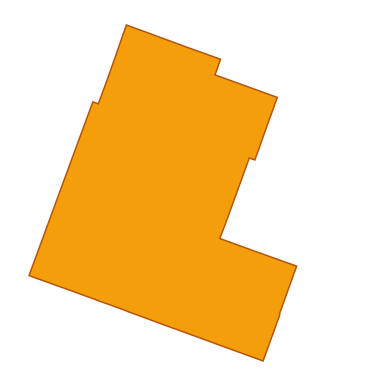 Otero, New Mexico, United States of America, rotated 20°
{"feature_id": "52423323B11196773939758", "entity_name": "Otero", "entity_type": "district", "adm_level": 2, "iso_a3": "USA", "parent_name": "United States of America", "parent_adm1": "New Mexico", "projection": "robinson", "projection_center": [-105.633, 32.696], "detail": "fine", "context": "isolated", "style": "filled", "palette": "amber", "viewbox_px": 384, "rotation_deg": 20, "n_neighbors": 0, "source": "geoboundaries", "source_scale": "gbopen_adm2", "svg_char_len": 784}
<svg xmlns="http://www.w3.org/2000/svg" viewBox="0 0 384 384"><g transform="rotate(20 192 192)"><path d="M315.7,225.9L267.3,226.2L234.0,226.2L234.3,209.6L234.2,140.5L240.1,140.4L240.1,132.6L239.9,107.5L239.8,73.9L229.4,74.0L173.6,74.1L173.4,57.5L172.3,57.5L140.3,57.7L73.2,57.5L73.9,110.6L73.9,122.9L73.8,141.2L68.0,141.2L67.7,226.6L67.5,310.8L67.4,322.1L67.5,326.3L75.8,326.3L76.2,326.3L77.9,326.3L95.3,326.2L96.2,326.2L99.3,326.2L108.4,326.1L120.7,326.1L129.2,326.1L145.1,326.2L147.4,326.2L152.7,326.1L169.5,326.1L172.6,326.3L221.8,326.5L222.0,326.4L228.2,326.4L266.7,326.5L267.3,326.5L267.6,326.5L270.1,326.5L270.4,326.5L272.5,326.5L279.0,326.5L305.1,326.5L316.6,326.5L316.5,277.5L315.9,276.2L315.7,232.9L315.7,225.9Z" fill="#f59e0b" stroke="#b45309" stroke-width="1.5"/></g></svg>